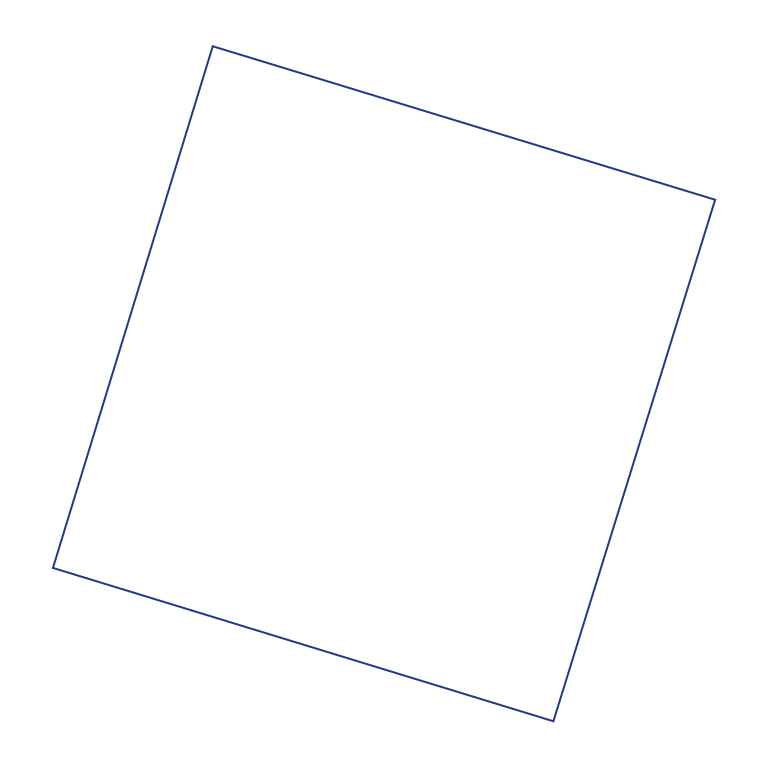 Buena Vista, Iowa, United States of America, rotated 287°
{"feature_id": "52423323B32669676915102", "entity_name": "Buena Vista", "entity_type": "district", "adm_level": 2, "iso_a3": "USA", "parent_name": "United States of America", "parent_adm1": "Iowa", "projection": "equal_earth", "projection_center": [-95.199, 42.735], "detail": "fine", "context": "isolated", "style": "outline", "palette": "blue", "viewbox_px": 768, "rotation_deg": 287, "n_neighbors": 0, "source": "geoboundaries", "source_scale": "gbopen_adm2", "svg_char_len": 226}
<svg xmlns="http://www.w3.org/2000/svg" viewBox="0 0 768 768"><g transform="rotate(287 384 384)"><path d="M111.3,121.2L111.0,644.6L657.0,646.8L656.9,121.5L111.3,121.2Z" fill="none" stroke="#1e3a8a" stroke-width="2"/></g></svg>